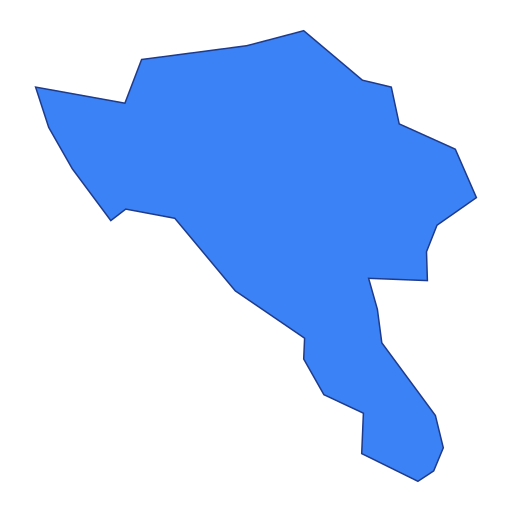 the district of Gjirokastër, Gjirokastër, Albania
{"feature_id": "67620474B28188595050305", "entity_name": "Gjirokastër", "entity_type": "district", "adm_level": 2, "iso_a3": "ALB", "parent_name": "Albania", "parent_adm1": "Gjirokastër", "projection": "equal_earth", "projection_center": [20.246, 40.01], "detail": "fine", "context": "isolated", "style": "filled", "palette": "blue", "viewbox_px": 512, "rotation_deg": 0, "n_neighbors": 0, "source": "geoboundaries", "source_scale": "gbopen_adm2", "svg_char_len": 506}
<svg xmlns="http://www.w3.org/2000/svg" viewBox="0 0 512 512"><path d="M246.8,45.7L141.6,59.5L124.9,103.2L35.6,87.1L48.7,127.4L72.3,168.8L110.8,220.6L125.7,209.1L174.8,218.3L235.3,290.9L304.6,338.2L303.7,359.0L323.9,394.7L363.4,413.2L361.7,453.6L417.9,481.3L433.7,470.9L443.3,447.8L435.4,415.5L381.8,342.8L377.4,309.4L368.6,278.3L427.4,280.6L426.5,251.7L437.0,225.2L476.4,197.6L455.3,149.2L399.2,123.9L391.3,87.1L362.4,80.2L303.7,30.7L246.8,45.7Z" fill="#3b82f6" stroke="#1e3a8a" stroke-width="1.5"/></svg>